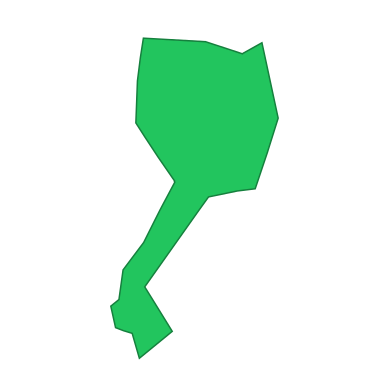 the district of Tedzhen Sovkhoz, Ahal, Turkmenistan, rotated 263°
{"feature_id": "10190150B68029188897987", "entity_name": "Tedzhen Sovkhoz", "entity_type": "district", "adm_level": 2, "iso_a3": "TKM", "parent_name": "Turkmenistan", "parent_adm1": "Ahal", "projection": "robinson", "projection_center": [61.206, 37.17], "detail": "fine", "context": "isolated", "style": "filled", "palette": "green", "viewbox_px": 384, "rotation_deg": 263, "n_neighbors": 0, "source": "geoboundaries", "source_scale": "gbopen_adm2", "svg_char_len": 627}
<svg xmlns="http://www.w3.org/2000/svg" viewBox="0 0 384 384"><g transform="rotate(263 192 192)"><path d="M56.1,155.4L90.9,139.4L103.6,133.5L173.1,196.7L185.1,207.8L187.5,236.9L187.5,254.9L187.5,255.1L222.8,272.0L223.1,272.1L254.3,286.3L254.9,286.5L329.4,279.8L331.6,279.6L323.5,259.7L323.0,258.9L339.5,223.8L350.6,162.5L331.9,157.2L309.0,151.4L267.4,144.7L252.2,152.0L230.6,162.7L205.0,176.1L204.5,175.8L203.8,176.1L182.0,160.8L178.1,158.1L169.0,152.0L147.8,137.9L123.1,114.1L94.2,106.4L93.6,105.5L88.6,97.5L66.7,99.6L62.7,107.1L59.0,115.4L33.4,119.5L56.1,155.4Z" fill="#22c55e" stroke="#15803d" stroke-width="1.5"/></g></svg>